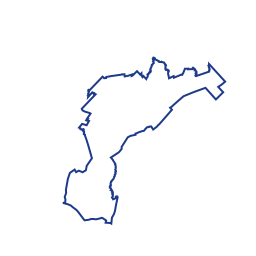 San Salvador, Entre Ríos, Argentina (Equal Earth projection), rotated 217°
{"feature_id": "61730980B4034945746834", "entity_name": "San Salvador", "entity_type": "district", "adm_level": 2, "iso_a3": "ARG", "parent_name": "Argentina", "parent_adm1": "Entre Ríos", "projection": "equal_earth", "projection_center": [-58.492, -31.58], "detail": "fine", "context": "isolated", "style": "outline", "palette": "blue", "viewbox_px": 256, "rotation_deg": 217, "n_neighbors": 0, "source": "geoboundaries", "source_scale": "gbopen_adm2", "svg_char_len": 5707}
<svg xmlns="http://www.w3.org/2000/svg" viewBox="0 0 256 256"><g transform="rotate(217 128 128)"><path d="M134.9,29.0L129.9,31.0L126.9,31.7L124.4,31.5L119.5,31.5L117.3,31.0L107.2,28.1L104.4,30.8L103.0,32.6L102.8,33.1L100.9,34.5L98.6,35.8L95.9,39.0L95.1,40.3L94.4,40.7L89.8,41.0L88.9,38.9L84.9,41.5L83.8,41.6L86.9,46.8L87.4,50.8L88.6,54.2L90.6,58.0L94.6,66.4L94.9,66.3L95.4,66.8L95.7,66.8L96.2,66.3L96.3,66.1L96.3,65.7L96.0,65.6L95.5,65.7L95.7,65.1L95.4,64.7L95.8,64.3L96.1,63.5L96.6,63.1L96.7,62.4L97.0,62.1L97.5,62.6L98.3,62.6L98.7,62.8L98.9,62.9L98.8,63.2L99.1,63.7L99.0,64.2L99.2,64.6L99.9,65.6L100.3,65.5L100.5,65.5L100.6,65.9L101.0,66.1L100.9,66.7L101.3,66.8L101.4,67.5L101.6,67.5L101.9,67.3L102.2,67.3L102.1,67.8L102.5,67.9L102.9,68.4L103.2,68.2L103.5,68.2L104.3,68.0L104.3,68.9L104.5,69.0L105.3,69.4L105.7,69.2L105.9,69.2L106.2,69.7L106.8,69.8L106.8,70.2L106.7,70.5L106.8,70.7L107.3,70.7L107.2,71.4L107.5,71.4L107.7,71.7L107.5,72.3L108.7,73.4L108.9,74.2L108.8,74.6L108.9,74.8L109.3,75.2L109.2,76.0L109.0,76.4L109.2,76.9L109.0,77.2L109.1,77.7L108.9,78.2L109.1,78.6L109.1,79.4L109.4,80.4L109.7,80.7L109.8,80.9L109.6,81.5L109.7,81.9L109.9,82.2L110.3,82.4L110.5,82.9L110.3,83.8L110.4,84.1L110.5,84.2L111.1,84.4L111.2,84.8L111.7,85.3L111.4,85.8L111.4,86.0L111.8,86.5L113.1,87.0L113.2,87.8L113.4,88.1L113.7,88.7L114.1,88.9L114.3,89.6L114.4,89.8L115.5,90.5L116.1,91.3L116.3,91.1L116.7,91.3L116.8,91.7L118.2,92.4L119.2,92.6L120.6,93.3L121.1,93.4L122.3,93.8L123.9,94.1L120.8,102.8L120.6,103.9L120.5,107.5L121.7,109.0L122.6,120.4L121.3,123.2L117.9,127.1L118.7,128.0L117.6,129.5L117.5,129.9L117.2,130.3L117.2,130.5L114.7,134.2L113.7,135.2L113.5,135.8L113.6,137.4L113.4,137.8L113.5,138.2L113.2,140.1L113.0,140.4L112.6,140.6L112.3,140.9L112.3,141.1L112.0,141.8L111.5,141.9L111.4,142.2L111.2,142.4L111.0,142.7L110.4,143.2L107.0,141.9L105.7,146.6L105.6,149.1L105.3,149.5L105.1,152.5L103.9,169.0L106.6,169.6L106.3,170.3L105.9,171.3L105.5,173.8L104.1,180.7L102.7,186.9L97.2,196.1L90.3,206.7L75.0,203.7L73.5,213.8L80.7,215.1L79.3,219.1L78.3,223.5L101.8,227.9L101.5,227.5L101.3,226.8L101.1,226.6L101.2,226.2L100.6,226.1L100.1,225.2L99.4,224.8L99.2,224.9L98.4,224.2L98.1,224.1L97.9,223.4L98.1,223.2L98.1,222.9L97.6,222.6L97.4,222.1L97.2,222.1L97.1,221.9L104.9,210.4L105.2,210.2L105.4,210.3L105.4,210.5L105.3,210.9L105.7,210.9L105.7,211.1L105.5,211.4L105.8,211.3L105.8,211.6L106.0,211.8L105.9,212.2L106.1,212.4L106.9,212.5L106.8,212.8L106.9,213.0L106.8,213.3L106.7,213.4L106.9,213.5L107.0,214.0L107.3,214.3L107.5,214.3L107.6,214.1L108.0,214.4L108.6,214.3L108.9,214.4L109.1,214.8L109.3,214.8L109.5,214.3L109.6,214.2L109.8,214.4L109.9,215.2L110.3,215.3L110.8,215.1L111.3,215.0L111.7,215.3L112.0,215.2L112.3,215.3L112.5,215.1L112.5,214.8L112.0,213.8L115.3,211.1L115.6,211.6L118.2,209.6L117.1,205.6L116.7,203.1L117.1,202.9L117.3,203.1L121.6,195.8L122.8,196.9L125.1,192.4L128.9,195.7L129.3,196.6L129.3,196.8L129.6,197.3L129.5,197.5L129.6,197.9L129.9,198.3L130.2,198.3L130.5,198.5L131.1,198.4L131.1,197.9L131.5,198.1L131.9,198.1L132.2,197.9L132.6,197.2L132.8,197.2L133.1,197.3L133.2,197.7L133.5,198.0L133.9,197.9L134.3,198.4L134.6,199.0L134.7,199.4L134.9,199.5L135.0,199.7L135.3,199.9L135.4,200.2L135.3,200.4L135.3,200.8L135.8,200.9L136.0,201.2L136.6,200.9L137.0,201.1L137.3,201.5L137.8,201.7L138.0,201.6L138.6,201.7L138.7,201.9L139.3,201.6L139.8,201.5L140.3,201.3L140.5,201.0L141.2,201.0L141.2,200.7L141.7,200.3L142.6,199.7L143.4,199.4L143.9,199.8L144.0,199.8L144.1,200.0L145.0,199.6L145.7,199.6L146.4,199.3L146.8,199.4L147.4,199.2L148.0,199.4L148.3,199.8L148.6,199.9L149.9,199.7L150.1,199.5L150.0,199.1L150.0,198.4L149.6,198.1L149.5,197.8L149.4,197.7L149.0,197.7L148.9,197.5L148.3,197.5L148.2,197.3L147.8,196.8L147.9,196.3L147.5,196.3L147.4,195.9L146.5,195.4L146.7,194.9L146.6,194.3L146.8,193.9L146.6,193.3L146.8,193.1L147.0,192.7L146.9,192.4L146.4,191.8L146.0,191.0L146.1,190.6L145.8,189.4L145.4,188.8L145.6,188.3L145.5,188.2L145.1,187.7L144.1,187.4L143.9,187.1L143.9,186.4L143.7,186.2L143.8,185.4L144.1,185.1L144.3,184.7L144.5,184.9L144.5,184.7L144.3,184.4L144.3,183.8L144.0,183.6L144.0,183.3L144.6,183.0L144.7,182.7L144.3,182.5L144.3,182.2L143.9,182.0L143.7,181.5L143.3,181.1L143.1,179.7L143.2,179.0L142.9,178.1L147.0,178.8L147.0,177.4L148.5,177.9L150.2,179.8L150.4,178.0L155.0,178.8L155.9,172.6L156.3,171.9L156.5,172.3L156.6,172.7L156.9,172.6L157.0,172.7L157.1,173.0L159.4,169.7L161.7,167.2L163.2,168.8L164.5,167.5L165.0,167.4L165.1,167.0L165.5,166.5L172.7,159.3L176.1,155.6L176.0,155.2L175.6,154.7L177.0,153.4L179.2,153.7L181.4,135.1L181.8,134.9L182.1,134.6L182.4,134.7L182.5,134.4L182.0,134.1L182.0,133.7L181.5,133.7L181.4,133.5L181.0,133.4L180.8,132.4L180.4,131.9L180.5,131.6L180.5,131.4L180.2,131.3L179.8,131.3L179.8,130.5L179.7,130.3L179.3,130.5L179.1,130.5L179.3,129.7L179.0,129.7L178.5,128.8L178.0,134.9L177.6,134.8L177.2,135.1L176.7,135.2L176.7,134.9L176.1,134.6L176.0,135.0L175.7,135.6L175.1,135.4L175.0,135.1L174.8,135.0L174.6,135.0L174.2,135.2L176.5,115.5L175.0,114.7L172.5,115.1L167.5,116.9L166.6,117.0L166.3,110.5L165.4,110.9L165.7,109.1L163.4,110.1L162.7,105.3L167.1,103.7L167.3,99.0L167.1,99.1L166.9,99.3L166.7,99.3L166.3,98.8L165.7,98.9L165.5,98.5L165.0,98.5L164.6,98.8L164.1,98.8L163.9,99.2L163.1,100.0L162.9,100.3L162.6,100.3L162.2,99.8L162.1,99.6L162.1,99.2L162.6,99.1L162.6,98.8L162.5,98.7L161.8,98.5L161.7,98.7L161.3,98.8L161.2,98.5L160.9,98.5L160.6,98.4L160.4,98.0L160.1,97.7L160.1,97.3L159.6,96.5L159.3,96.5L159.1,96.7L158.3,96.7L158.0,96.2L153.6,93.3L149.0,90.0L138.6,82.1L138.2,72.9L136.2,68.9L137.6,65.4L141.6,64.3L142.0,63.5L142.9,61.5L145.6,62.7L147.4,57.2L145.3,51.0L140.4,41.3L138.3,38.9L137.0,34.8L135.1,33.4L133.3,30.8L134.9,29.0Z" fill="none" stroke="#1e3a8a" stroke-width="2"/></g></svg>